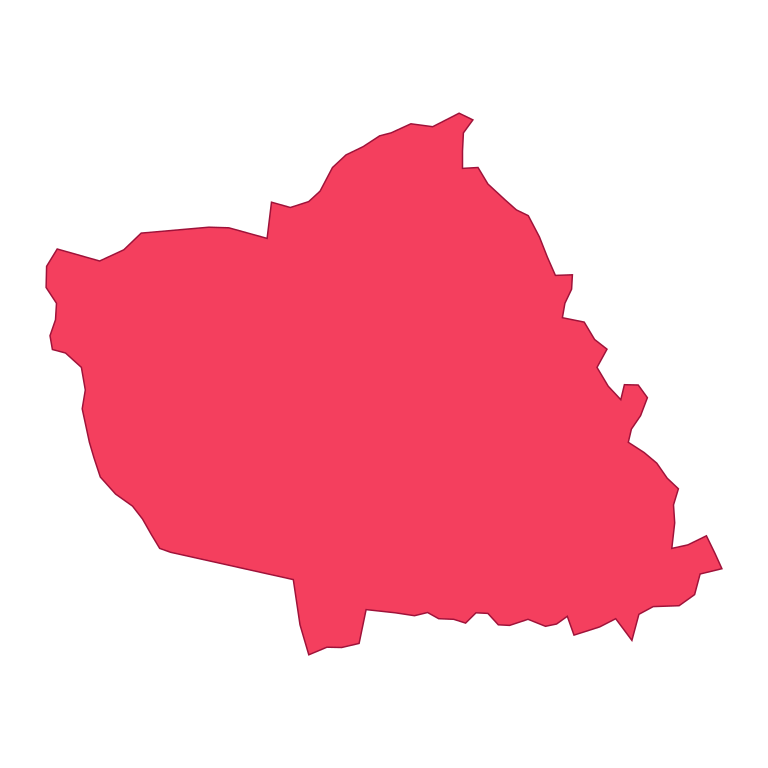 the district of Relvado, Rio Grande do Sul, Brazil
{"feature_id": "56859067B21914080433066", "entity_name": "Relvado", "entity_type": "district", "adm_level": 2, "iso_a3": "BRA", "parent_name": "Brazil", "parent_adm1": "Rio Grande do Sul", "projection": "natural_earth1", "projection_center": [-52.056, -29.114], "detail": "fine", "context": "isolated", "style": "filled", "palette": "rose", "viewbox_px": 768, "rotation_deg": 0, "n_neighbors": 0, "source": "geoboundaries", "source_scale": "gbopen_adm2", "svg_char_len": 1425}
<svg xmlns="http://www.w3.org/2000/svg" viewBox="0 0 768 768"><path d="M574.0,635.1L599.7,626.9L615.7,618.7L631.9,640.4L638.9,614.3L653.2,606.6L679.1,605.7L694.6,594.6L700.1,574.0L721.9,568.7L715.1,553.7L706.4,535.8L687.8,544.9L671.8,548.4L674.7,522.9L673.5,504.9L678.4,488.8L667.2,478.2L656.8,463.2L644.2,452.6L628.3,442.3L631.4,429.1L640.6,415.6L647.4,397.7L638.2,385.0L624.4,384.7L620.8,399.7L608.2,386.2L597.0,367.4L607.0,349.2L594.6,339.5L584.2,322.1L562.4,317.7L564.9,303.3L571.6,289.2L572.4,274.8L555.4,275.4L547.4,257.2L539.4,236.9L528.3,215.7L516.4,209.9L505.1,199.9L487.9,184.0L478.0,167.5L462.5,168.4L462.5,151.1L463.4,132.9L472.9,119.9L459.1,113.2L432.7,126.7L410.9,123.8L391.0,132.9L379.7,135.8L363.0,146.7L346.0,154.9L332.5,167.5L320.1,191.1L308.7,201.6L290.3,207.5L271.5,202.2L267.1,238.4L228.8,227.8L208.8,227.2L141.2,233.1L123.8,249.8L99.6,261.0L57.2,249.0L46.6,266.3L46.1,287.5L56.5,303.3L55.5,319.8L50.0,335.7L52.4,349.5L65.5,353.0L81.4,367.4L85.3,390.0L82.2,408.8L85.3,423.2L89.4,442.3L94.0,457.9L100.3,477.0L115.6,494.1L132.5,506.1L142.5,519.0L151.2,534.3L159.7,548.4L170.6,552.3L293.3,579.6L300.0,624.8L308.8,654.8L326.9,647.2L341.7,647.5L359.1,643.4L366.1,609.6L395.4,612.8L414.5,615.7L427.6,612.5L438.7,618.7L453.7,619.3L465.6,623.1L476.0,612.8L487.9,613.4L498.3,624.8L509.6,625.4L528.0,619.3L545.5,626.3L556.6,624.0L567.3,616.3L574.0,635.1Z" fill="#f43f5e" stroke="#9f1239" stroke-width="1.5"/></svg>